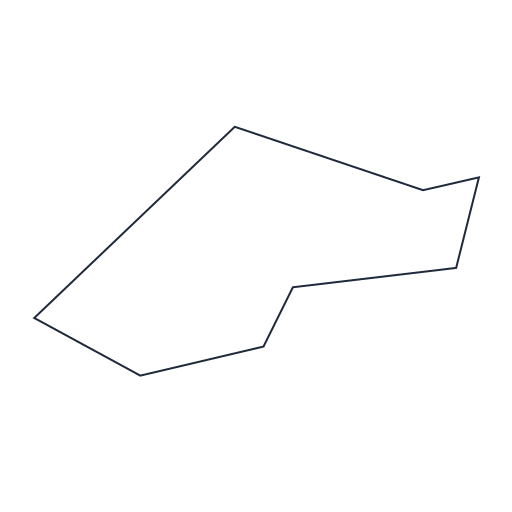 outline of Vlorë, Albania, rotated 274°
{"feature_id": "67620474B93518338354482", "entity_name": "Vlorë", "entity_type": "district", "adm_level": 2, "iso_a3": "ALB", "parent_name": "Albania", "parent_adm1": "", "projection": "mercator", "projection_center": [19.277, 40.495], "detail": "fine", "context": "isolated", "style": "outline", "palette": "slate", "viewbox_px": 512, "rotation_deg": 274, "n_neighbors": 0, "source": "geoboundaries", "source_scale": "gbopen_adm2", "svg_char_len": 272}
<svg xmlns="http://www.w3.org/2000/svg" viewBox="0 0 512 512"><g transform="rotate(274 256 256)"><path d="M178.7,39.1L128.6,148.9L166.2,269.8L227.4,295.0L258.1,456.5L350.0,472.9L333.3,418.0L383.4,225.8L178.7,39.1Z" fill="none" stroke="#1e293b" stroke-width="2"/></g></svg>